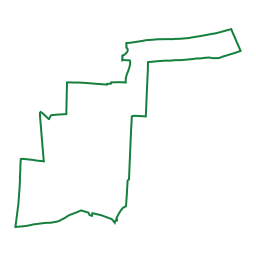 Suhurlui, Galati, Romania (Mercator projection)
{"feature_id": "2599482B54270676275296", "entity_name": "Suhurlui", "entity_type": "district", "adm_level": 2, "iso_a3": "ROU", "parent_name": "Romania", "parent_adm1": "Galati", "projection": "mercator", "projection_center": [27.827, 45.741], "detail": "fine", "context": "isolated", "style": "outline", "palette": "green", "viewbox_px": 256, "rotation_deg": 0, "n_neighbors": 0, "source": "geoboundaries", "source_scale": "gbopen_adm2", "svg_char_len": 3352}
<svg xmlns="http://www.w3.org/2000/svg" viewBox="0 0 256 256"><path d="M240.6,50.9L240.0,49.5L239.6,48.6L239.3,47.8L239.0,47.2L238.7,46.5L237.5,43.8L237.0,42.6L236.4,41.3L235.9,40.0L235.3,38.6L234.6,36.9L233.8,35.2L233.0,33.4L232.4,32.0L232.2,31.5L231.9,30.8L231.5,29.7L231.2,29.1L224.7,30.9L218.3,32.7L214.1,33.6L211.1,34.0L207.9,34.7L197.8,36.5L196.9,36.6L191.3,37.5L189.2,38.0L184.5,38.4L182.4,38.6L177.8,38.9L176.0,38.9L174.9,38.9L173.7,39.1L172.4,39.1L171.3,39.1L169.0,39.1L157.2,39.3L152.0,39.8L148.5,40.0L146.1,40.2L141.9,41.0L130.0,42.8L126.3,43.1L126.3,45.1L126.5,45.5L126.6,45.8L126.5,46.1L126.5,46.3L126.4,46.7L126.3,47.1L126.3,47.3L126.4,47.5L126.5,47.7L126.8,47.9L127.1,48.4L127.4,48.8L127.6,49.0L127.7,49.5L127.7,49.9L127.7,50.4L127.6,50.7L127.5,51.1L127.3,51.6L127.2,52.0L127.0,52.3L126.8,52.5L126.4,52.8L126.1,53.1L125.0,54.3L124.4,54.7L123.9,55.0L123.5,55.1L123.0,55.3L122.6,55.4L122.3,55.7L122.2,56.0L122.2,56.3L122.2,56.6L122.3,56.8L122.4,57.1L122.5,57.3L122.7,57.6L122.6,57.9L122.4,58.2L122.2,58.5L122.2,58.8L122.2,59.3L122.2,59.7L122.3,60.3L122.7,60.0L129.8,60.4L130.1,60.9L130.2,61.5L130.1,64.2L129.4,67.3L128.0,71.6L127.2,73.4L126.8,74.4L126.6,75.2L126.3,76.1L126.1,77.0L125.9,77.8L125.7,79.2L125.7,80.0L125.7,80.6L125.6,81.6L125.7,82.5L119.9,82.2L118.0,82.2L114.0,82.3L111.1,82.4L110.9,83.6L109.0,83.8L107.1,83.9L106.9,84.6L104.1,84.4L92.3,83.5L86.5,83.0L79.8,82.6L75.1,82.5L73.5,82.5L71.9,82.5L69.7,82.4L68.9,82.4L67.0,82.4L67.0,82.9L67.0,83.9L66.8,91.1L66.3,114.1L57.4,114.6L51.2,115.2L51.0,115.3L50.2,116.7L49.9,117.4L49.1,118.9L48.9,119.1L48.6,119.0L48.4,118.7L47.8,118.1L45.7,116.2L44.7,115.2L43.2,113.7L40.6,112.0L40.0,112.8L39.9,112.9L40.0,115.9L42.1,141.6L43.8,161.3L43.0,161.2L41.9,161.1L39.2,160.9L38.9,160.8L37.9,160.7L35.5,160.4L33.6,160.0L26.4,159.2L21.3,158.8L20.7,159.2L20.4,166.8L20.3,169.4L20.2,170.4L20.2,171.5L20.2,172.5L19.9,177.8L20.0,179.5L19.9,181.0L19.7,185.5L19.5,189.0L19.3,191.4L19.0,195.3L18.3,205.1L18.0,206.8L16.7,217.1L15.4,226.9L15.6,226.9L15.8,226.9L16.0,226.9L18.4,226.7L19.0,226.7L19.5,226.6L20.3,226.5L20.6,226.5L21.7,226.4L22.5,226.3L22.8,226.3L27.0,225.8L27.2,225.7L28.7,225.5L30.1,225.2L31.5,224.9L32.7,224.5L45.3,222.9L51.1,222.7L51.6,222.6L54.8,222.0L56.6,221.7L58.0,221.3L58.5,221.2L59.2,220.9L60.0,220.5L61.6,219.6L63.0,218.9L65.3,217.7L66.0,217.2L67.6,216.1L68.9,215.4L70.1,214.7L70.6,214.6L74.1,213.3L76.2,212.5L81.3,210.4L82.6,210.9L88.4,212.6L89.6,215.1L92.0,215.8L92.4,213.2L100.3,215.0L102.0,215.5L111.9,219.2L114.7,222.7L114.9,221.6L115.0,221.1L115.4,220.9L116.3,220.6L116.8,220.7L117.1,219.6L116.3,219.3L116.5,218.5L117.6,215.9L119.6,212.4L120.1,211.5L120.9,210.3L122.6,208.2L123.2,207.7L124.7,206.9L125.9,206.3L126.1,205.4L126.4,200.3L126.7,196.3L127.6,180.5L129.0,179.4L129.0,178.8L131.1,129.6L131.5,123.1L131.8,116.5L132.1,116.2L132.3,116.1L133.6,115.9L134.9,115.9L135.0,115.8L145.8,116.4L146.1,109.9L146.7,94.9L147.5,77.7L147.5,76.2L147.6,75.5L147.9,69.0L147.9,66.5L148.0,62.1L158.7,61.1L165.8,60.6L168.4,60.7L170.2,60.6L174.2,60.3L174.5,60.1L181.6,60.1L184.5,59.8L188.0,59.5L192.8,59.0L195.7,58.6L196.1,58.5L200.7,58.4L205.9,57.7L207.8,57.7L209.3,57.5L210.0,57.6L210.3,57.7L211.7,58.1L211.9,58.1L216.2,58.1L218.5,58.1L220.3,57.6L222.7,56.6L224.5,56.1L229.7,54.5L230.7,54.2L232.7,53.6L236.3,52.4L236.5,52.4L240.6,50.9Z" fill="none" stroke="#15803d" stroke-width="2"/></svg>